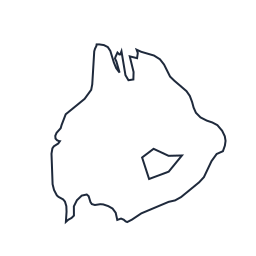 an SVG outline of Pampanga, rotated 162°
{"feature_id": "PHL-2558", "entity_name": "Pampanga", "entity_type": "Province", "adm_level": 1, "iso_a3": "PHL", "parent_name": "Philippines", "parent_adm1": "", "projection": "natural_earth1", "projection_center": [120.674, 15.026], "detail": "fine", "context": "isolated", "style": "outline", "palette": "slate", "viewbox_px": 256, "rotation_deg": 162, "n_neighbors": 0, "source": "natural_earth", "source_scale": "10m", "svg_char_len": 1396}
<svg xmlns="http://www.w3.org/2000/svg" viewBox="0 0 256 256"><g transform="rotate(162 128 128)"><path d="M132.0,217.2L129.5,216.4L125.3,214.3L122.2,211.2L121.0,206.8L121.2,194.5L120.7,188.4L118.9,183.3L118.5,195.0L118.9,198.1L118.0,199.4L114.7,203.0L113.5,200.6L112.6,200.4L110.5,203.0L114.1,179.0L112.8,173.3L107.9,172.5L105.4,179.5L104.2,195.6L97.8,191.6L95.5,196.3L95.6,199.8L91.9,196.4L80.9,188.9L76.4,183.5L74.1,177.2L72.1,163.9L69.3,158.6L61.0,145.0L59.3,139.4L59.0,132.9L59.3,127.1L58.7,121.5L55.8,115.7L50.8,110.7L46.1,107.2L42.1,103.1L39.3,96.2L38.5,90.2L39.2,85.6L41.3,81.3L44.9,76.6L51.7,75.9L58.8,70.7L71.0,57.8L77.1,54.4L98.9,45.9L105.6,44.6L112.2,45.2L141.7,42.7L152.7,39.6L157.8,38.8L159.1,39.9L160.4,42.1L162.6,44.0L166.6,43.9L165.9,51.2L167.6,56.2L170.9,59.8L175.2,63.0L177.9,64.1L183.3,65.0L185.9,66.8L186.6,69.1L186.5,75.3L187.8,77.5L192.9,78.0L198.9,75.1L203.7,70.2L206.5,61.4L209.5,59.9L213.2,59.2L216.1,57.9L212.3,67.4L210.8,72.7L210.7,77.5L211.8,80.2L215.4,84.0L216.5,85.9L217.5,91.9L217.1,97.8L208.7,127.2L206.2,132.0L204.2,133.5L199.1,134.8L196.9,136.5L197.7,136.9L199.2,138.2L200.2,140.3L199.6,143.0L197.4,145.5L192.1,148.6L190.2,151.4L183.0,160.3L160.3,169.1L151.2,175.7L148.5,180.6L136.4,211.4L134.8,213.7L132.8,215.7L132.0,217.2ZM110.1,100.3L123.7,95.6L123.7,73.0L102.8,73.9L85.2,85.2L98.0,89.0L110.1,100.3Z" fill="none" stroke="#1e293b" stroke-width="2"/></g></svg>